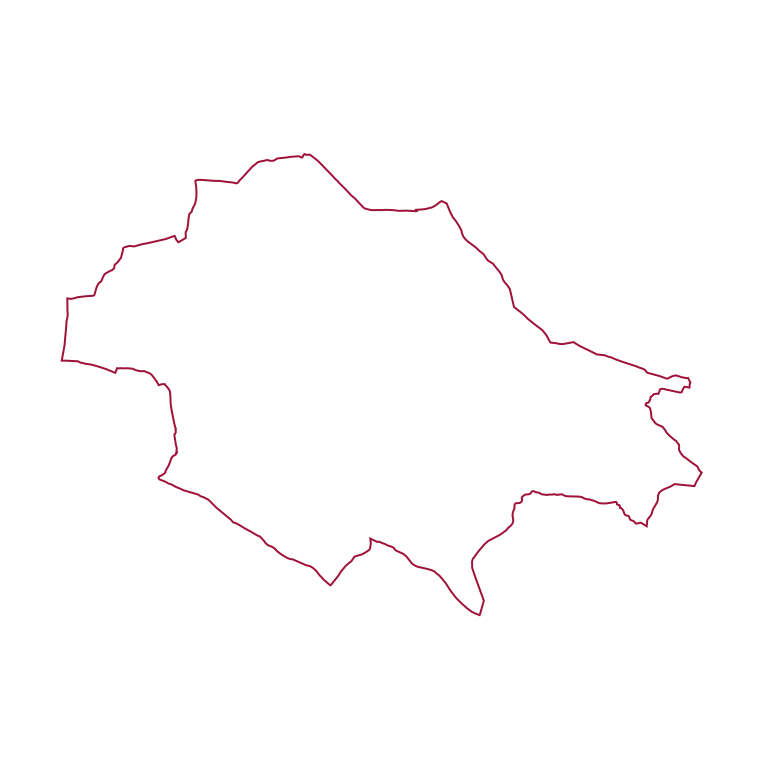 the district of Soracá, Boyacá, Colombia, rotated 274°
{"feature_id": "7082276B41688311282936", "entity_name": "Soracá", "entity_type": "district", "adm_level": 2, "iso_a3": "COL", "parent_name": "Colombia", "parent_adm1": "Boyacá", "projection": "natural_earth1", "projection_center": [-73.319, 5.492], "detail": "fine", "context": "isolated", "style": "outline", "palette": "rose", "viewbox_px": 768, "rotation_deg": 274, "n_neighbors": 0, "source": "geoboundaries", "source_scale": "gbopen_adm2", "svg_char_len": 6135}
<svg xmlns="http://www.w3.org/2000/svg" viewBox="0 0 768 768"><g transform="rotate(274 384 384)"><path d="M447.3,62.1L436.3,63.0L431.5,63.6L429.1,63.6L424.0,62.9L420.7,63.0L400.2,62.6L384.8,60.9L385.1,65.0L385.3,77.2L384.0,80.1L384.0,81.4L383.3,85.1L383.1,89.2L382.6,92.5L381.3,98.5L379.5,105.7L376.4,115.1L381.2,116.7L381.0,118.0L381.5,121.0L381.4,122.9L381.8,126.7L381.8,131.6L381.1,133.9L380.6,135.0L380.0,137.9L379.8,141.6L380.2,144.0L379.5,145.6L378.9,147.8L378.2,149.7L376.9,151.6L373.3,154.9L370.2,157.3L367.1,159.4L368.4,162.6L368.5,165.5L367.6,166.0L365.8,168.0L362.9,170.4L360.5,171.2L356.7,171.8L349.1,172.6L342.0,174.2L328.1,178.1L324.6,179.5L323.8,179.2L322.2,179.6L321.1,179.6L318.7,178.4L309.3,180.5L305.3,181.8L302.9,181.6L301.3,182.4L301.0,182.3L301.1,181.8L300.9,181.4L299.1,181.2L298.4,180.3L298.0,179.3L296.6,177.9L294.8,177.0L288.5,175.2L281.8,172.1L280.5,172.1L278.9,170.6L277.3,168.4L276.4,166.7L275.7,165.9L274.9,165.6L274.0,165.9L273.2,166.6L271.2,173.0L269.8,175.6L268.7,179.7L267.9,181.1L266.8,183.6L265.7,187.1L264.0,191.5L260.8,206.2L259.1,209.1L258.7,211.4L256.2,217.1L248.7,225.7L238.0,240.7L235.5,243.1L235.1,245.0L234.2,247.4L233.0,250.0L230.0,255.7L227.5,261.3L224.0,268.3L223.2,270.9L219.1,275.3L217.7,276.3L215.3,279.1L213.9,283.3L212.4,286.3L209.8,289.0L207.0,293.2L205.0,296.9L203.7,299.8L202.7,303.0L202.8,304.9L197.7,319.2L197.3,322.5L196.7,323.8L195.3,326.3L192.8,329.5L189.3,332.5L184.1,338.1L179.5,344.3L179.6,344.9L189.5,351.8L191.7,353.0L192.3,353.1L195.1,355.0L199.8,358.4L203.0,361.5L204.9,363.8L209.7,366.6L211.3,370.5L212.1,373.2L214.7,377.3L217.1,380.4L218.7,381.5L224.5,382.0L228.8,381.1L226.0,388.3L226.3,390.3L225.1,393.6L224.5,396.0L223.2,398.9L222.2,403.0L221.1,405.4L219.2,406.7L218.3,408.6L216.0,414.8L213.6,418.3L206.9,424.4L205.4,426.7L204.1,429.9L202.4,440.9L201.5,444.8L200.3,447.8L198.6,449.6L197.9,450.9L196.5,452.8L193.0,456.3L189.3,459.7L182.4,464.8L175.7,470.8L170.4,476.8L165.7,483.0L162.8,487.6L161.1,492.0L160.1,495.5L161.9,496.0L174.9,498.7L196.2,489.2L206.7,484.8L213.1,484.2L215.7,484.8L224.1,490.2L231.1,495.4L234.8,499.0L241.7,510.3L246.3,515.8L249.2,518.0L251.0,519.9L253.3,521.7L256.1,522.5L258.5,522.2L261.6,521.4L264.9,521.5L268.1,522.5L269.4,522.8L272.0,522.6L273.3,522.9L274.2,523.7L274.7,527.4L275.6,528.9L277.3,529.9L278.5,529.8L279.5,529.3L280.9,529.6L282.7,531.4L283.6,532.9L284.2,536.6L285.0,537.8L287.0,538.9L287.4,539.7L287.5,541.0L286.8,542.4L286.5,543.8L286.5,545.2L286.2,546.6L285.2,548.3L284.9,549.8L284.7,554.6L285.3,556.9L285.4,559.6L286.0,561.6L285.6,562.8L285.5,564.7L286.4,568.9L284.9,572.8L284.8,575.1L285.3,586.8L284.9,589.4L283.6,592.3L283.2,594.8L283.1,597.3L282.1,601.8L280.1,607.3L280.1,610.7L280.4,614.2L282.6,623.6L281.7,624.5L280.2,624.8L279.7,626.0L279.5,627.3L278.7,627.8L276.9,628.0L276.6,629.4L275.8,630.4L274.4,631.5L271.0,633.0L270.1,633.9L269.2,637.4L268.3,638.0L266.7,638.5L265.8,639.1L264.6,642.5L263.5,643.8L262.5,644.8L262.4,646.1L263.5,649.2L263.4,650.1L263.0,651.1L260.4,656.0L266.2,656.1L267.9,656.8L270.6,658.8L273.3,660.1L277.3,660.9L284.9,664.6L286.9,665.2L288.9,665.3L291.5,665.1L294.8,666.1L296.1,667.3L298.2,670.0L301.6,676.8L304.4,680.9L303.8,700.8L307.7,702.2L317.8,707.1L318.6,705.9L319.9,704.5L322.9,702.8L323.8,702.1L327.5,695.8L331.5,689.9L332.4,688.0L334.3,686.1L335.9,684.7L338.8,682.9L340.5,682.8L341.2,682.9L344.0,682.5L346.5,680.1L347.5,679.5L348.3,678.0L351.4,673.6L354.3,670.2L355.6,669.0L357.6,667.7L360.7,664.8L362.8,659.1L363.8,657.5L368.6,653.3L374.9,652.2L378.3,651.1L379.4,650.1L381.0,646.5L381.7,646.4L383.2,647.0L383.9,649.0L385.3,650.0L386.0,650.0L386.7,650.5L387.9,650.8L389.2,650.7L392.8,654.1L393.3,656.9L393.3,658.4L397.6,659.8L398.2,660.1L398.6,661.9L398.6,664.0L398.0,666.0L397.9,667.5L396.1,680.0L396.3,680.9L396.9,681.7L398.6,682.1L402.1,683.7L402.2,684.7L401.7,689.0L405.4,689.0L406.8,689.6L411.2,686.9L410.9,684.6L411.3,683.1L411.4,680.7L412.3,677.6L412.9,674.4L412.3,672.2L411.6,670.5L410.2,668.0L409.3,666.8L409.1,666.0L409.3,664.9L411.2,658.2L413.4,646.8L413.9,645.5L416.4,643.2L417.4,640.7L418.1,637.8L419.3,634.1L422.5,621.3L424.9,612.8L426.3,609.1L426.9,605.8L428.1,601.9L428.3,594.5L435.4,577.0L437.7,572.4L439.0,570.2L436.2,559.2L436.2,556.6L436.8,551.8L436.9,547.4L437.5,546.7L443.6,542.9L448.7,538.3L453.9,530.3L459.0,523.0L463.3,518.0L469.9,508.3L487.5,502.9L490.9,500.3L494.3,496.9L496.6,495.3L500.9,493.8L504.0,491.4L509.8,485.9L511.6,484.4L514.4,479.1L516.9,476.9L520.4,474.4L523.6,469.6L526.0,466.9L532.2,457.4L534.7,454.5L536.8,452.7L540.5,451.0L542.5,450.6L547.5,447.4L551.9,444.1L554.9,441.2L558.3,439.1L562.4,436.9L568.4,434.0L570.5,428.7L569.0,426.5L567.6,425.2L565.4,422.5L564.3,420.9L563.4,419.2L561.6,413.7L560.8,409.8L560.0,403.9L558.9,404.7L558.6,404.0L558.5,394.3L557.8,387.2L557.8,384.6L558.1,382.7L557.9,374.3L557.3,369.4L557.0,364.8L556.6,360.3L556.8,357.5L557.7,352.8L558.7,351.0L567.2,341.9L570.3,337.6L572.3,335.6L576.0,331.6L582.1,324.5L582.7,324.2L585.3,320.9L587.5,318.7L600.4,304.3L602.5,301.8L607.5,294.3L607.6,293.9L607.2,290.3L607.9,288.8L607.7,288.4L604.2,286.5L604.2,285.9L605.3,283.3L604.0,274.4L603.2,271.1L601.6,262.1L600.7,260.6L599.2,258.6L599.0,257.8L598.7,255.8L598.8,254.3L599.3,252.0L599.2,251.4L598.5,249.4L597.1,244.2L596.2,242.4L591.4,237.3L579.3,227.7L577.6,226.2L574.3,223.9L573.9,222.9L573.9,222.4L574.1,221.6L574.5,218.3L574.6,214.2L575.1,206.1L574.8,199.8L574.9,187.8L574.7,184.8L574.3,182.9L573.5,181.7L570.3,182.2L568.4,182.8L562.6,183.5L557.3,183.8L551.9,183.2L549.9,182.7L545.9,180.9L542.2,180.0L541.3,179.0L539.8,177.9L534.5,177.4L530.5,177.4L525.2,176.9L523.9,176.6L522.0,175.7L520.1,175.6L517.7,176.0L515.8,176.0L511.1,169.1L511.7,168.3L513.5,166.7L517.1,164.9L516.7,163.6L513.4,156.2L507.6,137.1L506.9,133.9L503.8,125.1L504.0,120.3L502.2,115.4L501.6,114.6L500.8,114.2L498.1,114.1L491.1,112.7L490.3,111.9L487.8,110.4L486.0,109.0L484.2,107.0L480.7,106.7L478.7,104.9L478.1,103.6L476.5,101.0L474.1,97.6L470.5,96.0L468.4,95.4L466.5,94.6L465.6,93.4L464.0,91.9L460.2,90.5L452.7,88.9L452.0,88.3L451.7,87.4L450.9,81.4L449.3,72.7L447.8,68.6L447.1,65.8L447.3,62.1Z" fill="none" stroke="#9f1239" stroke-width="2"/></g></svg>